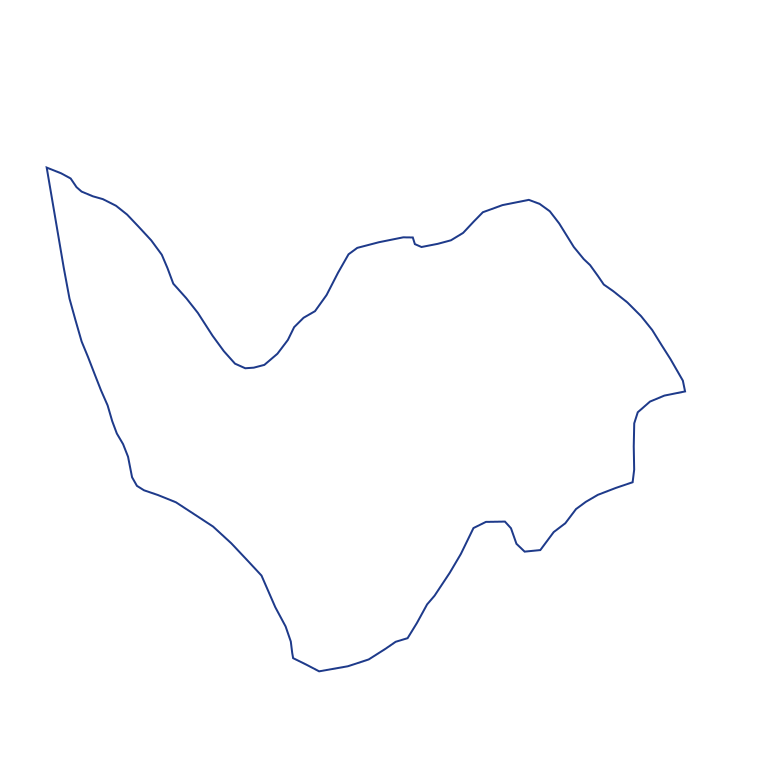 Mougoutsi, Nyanga, Gabon (Mercator projection), rotated 350°
{"feature_id": "22940354B37590085186432", "entity_name": "Mougoutsi", "entity_type": "district", "adm_level": 2, "iso_a3": "GAB", "parent_name": "Gabon", "parent_adm1": "Nyanga", "projection": "mercator", "projection_center": [10.923, -2.753], "detail": "fine", "context": "isolated", "style": "outline", "palette": "blue", "viewbox_px": 768, "rotation_deg": 350, "n_neighbors": 0, "source": "geoboundaries", "source_scale": "gbopen_adm2", "svg_char_len": 1600}
<svg xmlns="http://www.w3.org/2000/svg" viewBox="0 0 768 768"><g transform="rotate(350 384 384)"><path d="M270.2,655.7L299.4,655.7L321.1,652.6L339.3,645.1L350.7,639.9L363.1,638.4L374.9,625.1L388.2,608.5L397.0,601.3L416.0,581.3L430.2,564.7L440.5,550.5L447.1,541.4L460.4,537.5L479.2,540.5L484.0,548.1L486.7,564.4L493.4,573.5L509.1,574.7L525.4,559.3L538.4,552.6L551.4,540.5L562.3,535.1L575.3,530.3L594.3,526.6L611.8,523.9L615.5,511.8L619.1,488.9L623.6,466.2L629.0,455.9L642.9,447.5L658.1,444.1L679.2,443.6L678.9,432.6L670.4,409.1L664.4,394.6L657.5,377.4L649.0,361.9L637.8,345.9L625.8,332.3L617.7,324.2L613.4,314.7L607.6,302.7L602.4,295.7L594.7,282.0L584.4,256.3L577.3,242.7L568.6,233.7L558.6,227.8L531.7,228.4L511.2,232.0L500.6,239.6L488.2,248.9L474.9,254.1L461.3,255.3L444.7,255.6L438.7,251.6L437.8,244.7L428.4,242.9L403.6,243.5L381.3,245.3L371.6,250.1L358.0,266.5L342.9,286.4L328.7,300.3L316.3,304.8L305.4,312.4L297.0,323.9L284.3,335.7L269.5,344.4L258.6,345.3L250.1,344.4L240.8,338.1L232.0,323.9L223.5,306.6L213.0,281.6L204.2,265.2L193.9,248.6L190.9,232.3L187.6,218.1L179.7,202.1L169.4,186.1L160.4,172.5L151.0,161.9L139.2,153.1L129.9,148.6L119.6,142.0L115.4,136.8L111.1,127.2L102.7,120.5L89.4,112.3L88.8,213.9L89.1,245.3L91.2,267.1L93.6,289.7L97.2,306.0L100.9,324.8L104.2,341.1L108.1,357.1L109.9,373.4L112.3,386.4L116.6,397.9L119.3,411.2L119.5,421.8L119.7,432.1L123.0,441.4L129.2,447.0L142.1,454.1L158.6,464.4L190.9,494.7L205.9,514.3L218.7,533.8L230.1,551.4L238.2,585.0L245.0,605.7L247.5,621.4L246.9,633.0L246.9,638.2L259.3,647.3L270.2,655.7Z" fill="none" stroke="#1e3a8a" stroke-width="2"/></g></svg>